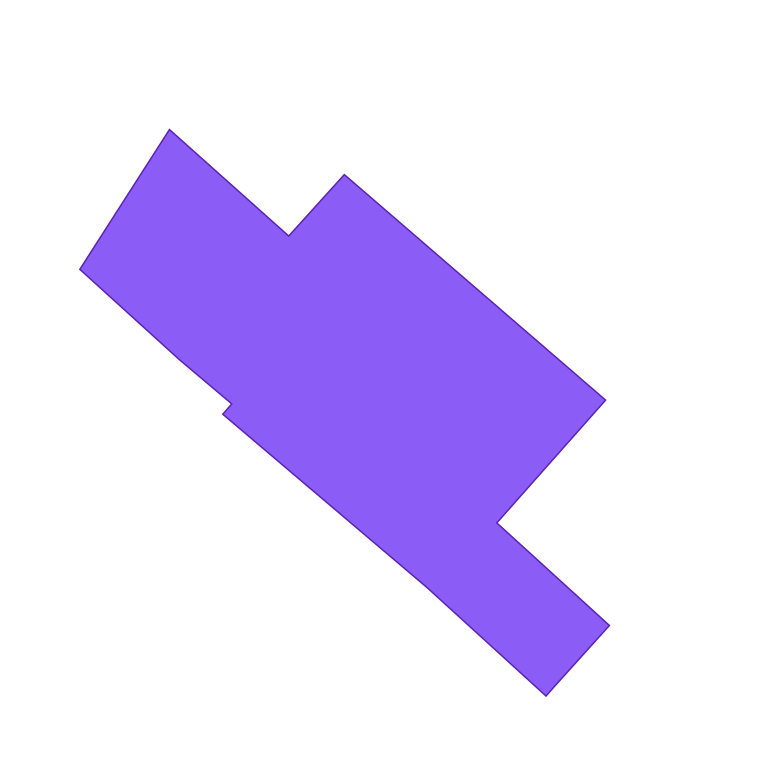 Audrain, Missouri, United States of America, rotated 220°
{"feature_id": "52423323B81117065692480", "entity_name": "Audrain", "entity_type": "district", "adm_level": 2, "iso_a3": "USA", "parent_name": "United States of America", "parent_adm1": "Missouri", "projection": "mercator", "projection_center": [-91.909, 39.203], "detail": "fine", "context": "isolated", "style": "filled", "palette": "violet", "viewbox_px": 768, "rotation_deg": 220, "n_neighbors": 0, "source": "geoboundaries", "source_scale": "gbopen_adm2", "svg_char_len": 335}
<svg xmlns="http://www.w3.org/2000/svg" viewBox="0 0 768 768"><g transform="rotate(220 384 384)"><path d="M59.3,249.1L59.0,262.1L56.1,343.9L208.3,350.1L203.9,514.1L549.0,518.9L552.1,436.1L711.9,441.0L690.7,276.3L556.3,271.1L487.8,270.9L488.1,257.2L219.9,255.7L59.3,249.1Z" fill="#8b5cf6" stroke="#5b21b6" stroke-width="1.5"/></g></svg>